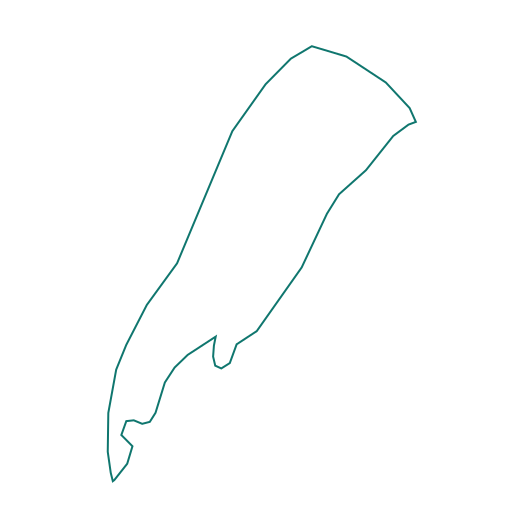 SVG path tracing the border of Nelson City, rotated 170°
{"feature_id": "NZL-3402", "entity_name": "Nelson City", "entity_type": "Unitary Authority", "adm_level": 1, "iso_a3": "NZL", "parent_name": "New Zealand", "parent_adm1": "", "projection": "orthographic", "projection_center": [173.429, -41.222], "detail": "fine", "context": "isolated", "style": "outline", "palette": "teal", "viewbox_px": 512, "rotation_deg": 170, "n_neighbors": 0, "source": "natural_earth", "source_scale": "10m", "svg_char_len": 671}
<svg xmlns="http://www.w3.org/2000/svg" viewBox="0 0 512 512"><g transform="rotate(170 256 256)"><path d="M75.3,360.3L83.0,358.9L100.0,350.4L132.8,321.4L163.5,302.4L178.8,285.3L213.0,236.8L268.3,181.9L290.4,172.4L300.4,155.1L309.7,151.3L315.2,155.1L315.7,164.4L313.0,175.1L309.7,183.6L340.4,170.5L355.5,160.3L367.7,147.3L382.2,119.0L389.4,111.1L397.2,110.5L404.9,115.4L412.4,115.9L419.7,103.1L410.7,90.1L418.9,73.8L434.5,59.9L436.1,59.1L436.7,67.7L436.0,88.9L428.7,127.1L413.4,168.4L399.2,191.0L372.0,226.8L335.0,262.5L257.6,383.1L216.7,423.5L187.4,444.3L164.6,452.9L132.3,436.7L98.0,404.3L79.0,375.0L75.3,360.3Z" fill="none" stroke="#0f766e" stroke-width="2"/></g></svg>